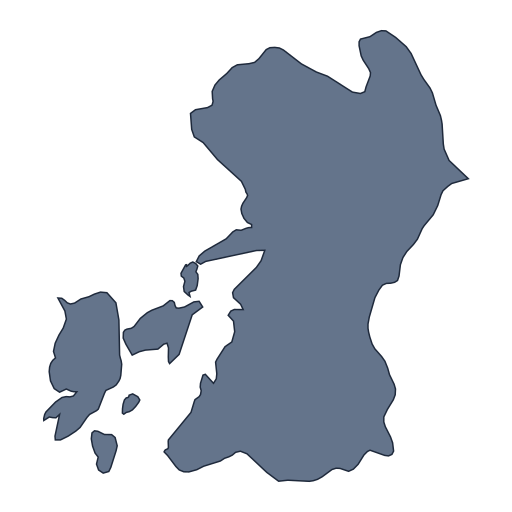 outline of Kumamoto
{"feature_id": "JPN-1830", "entity_name": "Kumamoto", "entity_type": "Prefecture", "adm_level": 1, "iso_a3": "JPN", "parent_name": "Japan", "parent_adm1": "", "projection": "equal_earth", "projection_center": [130.522, 32.636], "detail": "fine", "context": "isolated", "style": "filled", "palette": "slate", "viewbox_px": 512, "rotation_deg": 0, "n_neighbors": 0, "source": "natural_earth", "source_scale": "10m", "svg_char_len": 4381}
<svg xmlns="http://www.w3.org/2000/svg" viewBox="0 0 512 512"><path d="M164.1,451.9L164.2,451.5L165.3,449.9L167.9,448.7L168.4,447.4L168.2,441.3L168.4,439.9L191.0,412.4L194.2,401.8L195.0,399.6L199.1,396.7L200.5,394.6L201.2,390.7L200.2,387.1L200.5,383.3L203.0,375.1L205.3,374.3L213.5,383.3L216.3,378.8L216.8,373.8L215.6,362.1L217.1,359.1L225.1,346.6L231.8,342.0L234.7,331.7L233.5,321.1L228.2,315.3L230.8,311.1L234.3,309.5L243.2,309.6L240.6,304.2L233.5,297.7L232.6,292.7L234.3,289.3L256.4,267.4L261.1,260.7L264.8,250.3L256.4,250.5L205.7,261.4L200.6,264.2L196.3,261.6L199.2,255.9L204.8,251.1L226.2,238.8L232.8,231.9L236.3,229.8L241.1,230.3L246.1,228.3L248.7,227.6L251.6,227.5L251.6,224.5L247.4,222.5L244.0,218.4L241.8,213.5L241.0,209.1L241.6,206.2L243.0,203.1L246.5,197.9L247.6,195.6L247.1,193.9L245.9,192.1L245.3,189.3L241.4,181.3L217.5,159.6L203.2,142.6L194.3,136.9L191.7,129.4L190.5,113.4L195.5,109.7L207.5,107.6L211.9,105.3L212.3,104.3L213.1,101.3L212.6,98.7L212.2,91.4L215.0,85.0L219.2,80.0L226.9,73.4L232.2,67.6L237.3,64.8L249.0,63.7L254.6,62.4L258.9,58.7L266.2,49.6L269.9,47.7L274.8,47.4L279.4,48.0L283.4,50.0L301.4,63.9L316.3,72.0L327.5,76.2L352.4,92.1L360.4,93.5L364.8,91.7L366.1,86.8L370.2,76.0L370.5,72.6L368.7,68.6L363.2,60.2L361.2,55.9L359.1,45.8L359.1,41.8L360.5,39.1L369.9,36.7L376.4,32.4L381.4,30.7L385.9,30.9L395.6,37.4L406.2,46.7L411.1,53.5L421.0,74.8L423.8,79.4L430.0,88.0L432.4,92.9L436.0,105.2L440.4,115.6L441.5,120.3L442.1,124.1L443.3,143.9L444.1,149.1L449.1,160.5L468.3,178.7L451.7,183.5L447.9,186.3L443.0,190.7L441.1,194.6L437.7,205.6L433.2,214.8L424.2,225.6L422.2,228.6L417.4,239.2L413.4,244.5L406.8,251.5L402.9,257.6L400.4,264.7L399.0,276.1L397.5,280.5L394.6,282.3L390.7,283.2L386.3,283.4L382.4,285.2L378.9,290.0L374.9,297.7L369.3,317.0L368.0,324.0L368.0,328.3L368.6,332.1L369.8,337.0L372.1,344.0L374.8,348.8L381.6,356.5L384.9,361.2L387.7,368.2L389.5,374.7L394.1,384.2L395.5,389.0L395.2,394.8L393.3,399.8L387.4,409.4L383.8,416.9L383.8,422.0L385.3,426.7L390.5,436.9L392.6,442.8L393.6,451.1L391.9,454.4L388.5,455.9L384.7,455.4L370.0,450.2L367.4,451.5L364.0,454.9L358.1,464.3L353.4,469.1L348.6,471.3L340.0,468.4L336.1,468.2L332.0,469.5L322.1,476.8L317.6,479.3L313.3,480.7L309.3,481.3L287.8,480.2L278.6,481.2L266.8,472.4L247.0,453.8L240.4,451.2L235.6,452.3L232.3,455.1L228.9,456.8L224.5,458.3L220.4,461.0L203.7,466.2L196.8,469.7L188.9,471.9L183.8,471.8L179.2,469.9L175.9,466.5L167.6,455.5L164.3,452.1L164.1,451.9L164.1,451.9ZM106.9,292.7L115.9,302.8L118.9,320.0L119.6,355.1L120.4,358.3L121.2,361.0L121.7,364.3L120.8,375.3L120.1,378.5L118.9,381.0L116.2,384.9L113.3,387.0L105.9,390.4L104.5,393.2L98.3,409.1L96.6,410.6L89.6,414.4L87.0,417.4L80.1,427.4L75.8,431.1L68.2,436.1L60.5,439.9L55.3,439.9L55.0,436.1L59.6,414.4L55.9,417.8L52.5,417.6L49.3,417.0L43.8,420.5L43.7,418.5L44.7,414.4L46.0,411.9L55.6,402.0L62.0,397.5L66.2,396.6L69.9,396.9L73.4,396.0L76.8,391.8L73.7,391.7L71.2,391.2L66.3,389.0L59.6,392.2L54.2,388.6L50.5,380.9L49.2,371.7L49.6,367.1L50.8,363.3L52.8,360.3L55.5,357.9L53.5,351.4L55.2,343.2L59.0,335.0L63.2,328.1L66.4,319.1L64.9,311.0L57.9,298.0L61.8,298.3L64.7,300.4L67.2,302.8L70.4,304.0L74.6,303.1L80.9,299.0L89.0,296.7L94.4,294.1L100.5,292.1L106.9,292.7ZM184.5,307.0L193.9,301.9L199.1,301.3L202.7,307.0L192.2,314.8L179.1,354.4L169.6,363.6L168.5,361.5L168.3,356.9L168.5,347.9L167.0,343.2L163.7,344.2L157.9,349.1L145.4,350.1L139.3,351.7L132.2,355.1L125.9,344.2L123.2,338.1L123.4,332.3L124.9,330.1L127.0,329.1L131.3,328.3L134.1,326.5L140.3,318.4L147.3,312.7L151.9,310.2L163.2,305.9L169.9,300.6L172.3,300.7L174.3,302.4L175.0,305.5L176.2,307.9L178.8,308.2L184.5,307.0ZM104.4,434.5L111.6,434.6L115.1,437.5L117.2,445.8L116.1,450.7L110.8,467.4L108.8,471.5L103.2,473.1L98.6,470.0L96.5,464.1L98.2,457.1L95.1,453.1L92.6,446.2L91.3,438.8L92.0,432.9L94.5,430.8L97.9,431.3L104.4,434.5ZM195.9,271.8L197.8,274.4L198.1,278.7L197.2,285.6L195.6,290.1L191.3,291.2L189.0,292.5L190.0,296.4L188.0,295.0L184.2,291.5L183.5,286.6L184.9,281.3L183.8,278.0L181.3,276.1L181.0,273.3L185.6,264.9L186.5,264.7L186.6,266.3L187.6,265.7L190.2,263.2L192.8,262.0L195.8,263.6L197.8,266.0L196.9,269.1L195.9,271.8ZM132.7,393.9L137.8,396.7L139.8,400.0L138.7,402.3L135.7,406.4L132.4,409.9L129.2,411.7L126.3,412.4L123.8,414.2L122.4,413.1L122.5,408.8L123.1,404.3L124.4,400.0L126.2,397.9L128.0,397.5L128.8,396.6L129.1,395.2L132.7,393.9Z" fill="#64748b" stroke="#1e293b" stroke-width="1.5"/></svg>